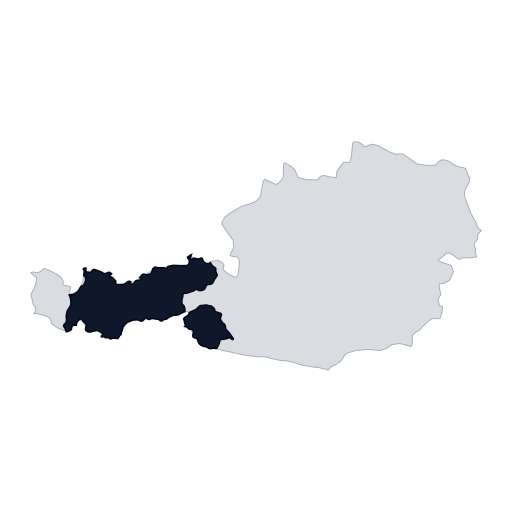 location of Tirol within Austria
{"feature_id": "AUT-2329", "entity_name": "Tirol", "entity_type": "State", "adm_level": 1, "iso_a3": "AUT", "parent_name": "Austria", "parent_adm1": "", "projection": "mercator", "projection_center": [11.6, 47.192], "detail": "fine", "context": "in_parent", "style": "filled", "palette": "ink", "viewbox_px": 512, "rotation_deg": 0, "n_neighbors": 0, "source": "natural_earth", "source_scale": "10m", "svg_char_len": 8398}
<svg xmlns="http://www.w3.org/2000/svg" viewBox="0 0 512 512"><path d="M30.9,295.0L35.7,284.4L36.7,277.9L32.5,274.0L30.7,272.9L32.2,272.0L38.2,272.7L42.0,270.5L44.0,268.4L49.3,270.4L57.2,274.5L60.9,277.3L62.4,279.4L63.2,281.2L62.8,284.3L64.6,285.5L68.2,286.0L70.7,286.9L69.8,291.0L69.7,294.3L73.1,293.8L77.3,291.3L80.7,286.7L82.7,282.2L84.3,271.4L84.8,270.5L87.4,271.3L97.8,270.9L102.7,272.9L110.5,273.2L110.3,274.9L111.7,277.6L115.1,281.4L116.8,283.9L120.4,284.3L126.0,283.0L129.3,281.5L130.5,282.5L135.6,281.6L140.1,278.5L141.2,276.1L145.7,274.5L151.9,270.6L160.3,267.7L188.0,264.5L189.1,262.1L188.7,256.7L189.4,255.9L192.9,257.2L198.5,258.5L202.8,260.4L205.6,263.0L208.2,263.1L212.2,261.3L217.6,260.2L222.6,262.8L224.1,265.6L223.2,267.1L223.3,269.4L224.9,271.3L229.0,274.4L234.3,277.1L237.0,276.9L238.0,274.3L239.0,268.1L239.4,261.4L238.1,257.6L235.3,256.6L231.9,256.3L230.1,255.5L230.7,253.4L233.5,248.0L233.4,240.7L227.3,232.4L222.0,224.3L222.0,221.6L225.2,216.8L230.1,213.0L241.0,206.7L244.5,205.4L248.9,204.3L255.2,201.7L258.3,199.0L260.4,196.1L263.3,180.9L264.0,180.2L264.9,179.4L276.1,184.6L277.1,183.7L278.9,182.9L282.6,178.9L283.4,175.8L283.3,170.0L283.6,164.5L284.3,162.8L286.0,163.4L290.8,166.3L294.6,169.5L298.2,177.5L306.5,179.6L317.0,179.9L320.7,176.3L324.1,175.4L328.0,176.5L336.1,177.8L337.0,171.3L341.7,164.5L343.8,162.2L349.8,162.4L351.3,157.3L352.7,143.3L354.0,141.7L358.3,142.0L362.6,144.6L363.9,146.7L366.2,146.5L369.3,145.1L372.7,144.2L378.2,145.7L389.8,152.1L395.8,154.4L399.6,153.9L403.1,154.0L416.9,163.9L426.4,165.3L435.2,165.3L438.0,162.3L441.7,159.8L445.6,160.2L449.0,161.4L455.6,165.7L458.6,166.8L462.7,167.5L465.7,168.5L468.3,175.9L469.8,177.8L469.5,178.8L469.2,182.1L466.9,186.3L464.5,191.9L464.6,196.7L471.0,213.5L476.6,223.7L477.6,227.5L481.3,230.5L477.8,234.3L477.2,239.8L474.9,242.2L474.3,245.4L475.3,248.3L475.3,251.9L476.5,256.8L471.0,257.9L464.5,257.7L462.1,258.0L459.9,259.3L457.7,258.7L451.7,254.0L448.4,253.0L446.0,253.3L444.3,255.3L441.2,257.9L438.4,259.7L439.0,261.3L451.3,265.5L453.5,271.8L451.1,277.0L450.3,279.6L447.4,281.6L443.9,283.3L439.6,283.8L439.1,286.6L440.8,294.8L439.5,296.6L438.1,299.1L439.4,305.9L442.0,306.3L442.6,307.9L442.1,310.6L441.7,313.5L440.7,316.6L440.3,317.9L438.5,318.8L433.1,318.3L428.4,321.0L419.0,330.4L415.7,332.0L412.1,335.7L412.3,343.9L411.8,344.7L411.0,346.4L399.7,343.5L399.3,343.5L391.8,344.6L386.6,348.4L380.3,350.5L367.2,349.4L354.4,350.8L351.4,351.9L348.1,352.6L344.9,354.7L343.2,357.8L340.0,361.7L335.5,364.8L330.5,367.1L329.4,369.1L327.8,370.3L325.0,368.8L322.8,368.9L320.1,367.8L311.1,366.7L301.1,364.9L296.4,363.2L291.1,361.8L285.3,360.7L280.1,360.4L277.5,359.9L265.1,356.9L256.9,356.7L246.1,355.4L224.7,350.8L218.4,349.0L212.4,348.4L205.4,346.8L200.0,344.2L196.6,339.3L192.9,332.7L186.2,324.1L184.8,319.8L186.8,316.1L189.0,313.2L188.7,312.0L187.1,311.4L175.3,315.1L163.8,319.7L159.3,319.9L154.9,318.8L149.1,318.8L143.6,320.0L132.4,320.6L125.9,324.1L121.7,330.7L119.4,336.1L117.6,337.8L113.7,338.5L107.8,338.0L103.8,336.4L99.6,331.8L93.1,331.2L87.2,331.1L85.6,330.2L85.7,327.2L83.4,321.6L79.5,319.8L69.5,330.4L66.7,331.4L58.7,328.5L51.6,323.9L50.9,320.6L49.7,317.9L43.8,315.3L36.4,313.5L34.0,313.6L35.0,312.0L35.8,309.2L35.3,307.1L33.5,304.8L32.6,302.4L32.3,300.1L31.8,298.2L31.5,296.4L30.9,295.0Z" fill="#d9dde1" stroke="#a8b0b8" stroke-width="1"/><path d="M66.7,331.8L66.3,331.8L66.2,331.8L66.2,331.5L65.1,328.7L63.8,326.5L63.6,325.6L63.8,324.9L64.6,323.9L65.3,323.3L66.0,322.4L66.3,321.3L66.5,319.8L66.5,318.9L66.3,317.7L66.2,316.6L66.3,315.3L67.0,311.8L67.6,310.2L69.9,306.7L70.8,304.6L70.9,302.1L70.9,301.3L70.2,297.4L69.2,294.9L73.0,294.4L74.3,293.9L76.9,292.3L78.1,291.2L79.1,289.8L80.5,287.1L80.8,286.6L81.4,286.2L82.7,285.7L83.2,285.4L84.2,284.1L85.0,282.3L85.6,280.3L85.6,278.5L85.3,277.4L85.0,276.6L84.5,276.1L83.7,275.6L84.2,272.1L84.3,271.3L83.9,270.3L83.4,269.4L83.3,268.6L84.2,268.2L85.2,268.1L85.7,267.9L85.9,268.1L86.1,268.9L86.1,269.2L85.8,269.6L85.6,270.2L85.7,270.9L86.0,271.3L86.4,271.7L87.4,272.1L89.9,272.5L90.6,272.4L91.3,271.8L92.5,270.1L93.4,269.5L94.8,269.5L102.6,272.5L102.8,272.8L103.0,273.2L103.3,273.6L103.8,273.8L105.6,273.6L107.9,272.5L108.8,272.3L109.6,272.3L110.2,272.7L111.6,273.7L111.1,274.3L109.2,275.6L109.6,276.3L112.6,277.7L115.6,280.9L115.8,281.3L115.8,281.9L115.6,282.5L115.5,282.9L115.3,282.9L115.9,284.1L116.7,284.6L122.9,284.6L124.1,284.3L127.9,281.6L129.4,281.2L130.7,281.7L130.5,284.1L132.0,284.3L133.3,283.7L134.1,282.8L134.9,281.7L136.0,280.6L137.1,280.3L139.7,280.2L140.6,279.8L141.1,278.9L140.9,278.3L140.3,277.9L139.6,277.7L142.3,274.5L143.7,274.1L145.1,274.3L146.5,274.8L149.2,274.3L150.5,273.8L151.6,272.6L151.9,271.8L152.4,269.8L152.8,268.8L154.4,267.4L154.6,267.1L155.7,267.2L158.3,267.7L163.1,267.7L166.4,268.4L167.0,268.2L167.6,266.7L168.3,266.3L173.3,265.3L186.8,265.9L187.3,265.8L189.0,263.6L189.2,263.1L189.3,262.2L189.2,259.9L189.0,259.4L188.7,259.2L188.2,258.7L187.8,258.2L187.6,257.7L187.5,257.0L188.4,256.6L189.9,255.4L190.4,255.1L191.2,254.7L191.4,254.6L191.2,255.1L191.0,256.0L190.8,256.7L190.5,257.2L190.3,257.8L190.6,258.8L191.2,259.3L191.8,259.2L193.1,258.5L194.4,258.3L197.8,259.1L198.8,258.9L201.2,258.0L202.1,258.2L202.4,258.7L203.0,260.6L203.3,261.3L203.8,261.9L205.6,263.3L206.4,263.7L207.6,263.7L208.9,263.5L209.8,263.1L210.4,262.6L211.9,265.2L213.1,266.3L215.2,267.8L215.7,268.4L215.9,268.8L215.9,269.2L215.6,269.9L215.7,270.6L215.9,271.6L217.0,274.5L217.2,275.1L217.1,275.4L216.8,276.1L216.4,276.8L215.2,278.3L214.6,279.3L213.3,282.0L212.9,282.7L212.4,283.2L211.9,283.7L211.3,284.1L210.6,284.3L207.7,284.6L207.2,284.8L206.7,285.0L206.4,285.5L205.9,286.3L205.4,287.9L204.8,288.8L204.1,289.5L203.3,289.9L202.2,290.4L200.3,290.6L199.4,290.6L198.6,290.4L197.3,289.6L196.6,289.5L195.7,289.6L193.6,290.9L187.0,293.2L185.2,293.2L184.4,293.4L182.7,294.2L182.9,296.0L182.0,299.4L181.9,300.7L181.9,302.3L182.0,303.2L182.3,304.1L182.7,304.7L183.7,305.5L184.1,305.9L184.6,307.1L184.8,308.0L185.0,311.3L184.9,311.6L183.9,311.9L177.9,315.0L173.7,315.2L171.1,316.1L168.6,317.5L166.6,319.1L163.9,319.5L163.2,320.0L162.1,320.9L161.4,321.1L160.3,320.7L158.4,319.2L157.2,319.1L156.8,319.2L156.4,319.1L156.2,319.1L153.2,318.5L151.8,318.6L150.1,319.1L149.5,319.4L149.0,319.5L148.4,319.4L147.9,319.1L147.6,318.7L147.3,318.4L146.9,318.2L145.8,317.9L145.2,318.1L144.7,318.5L144.3,319.1L142.3,321.1L140.4,321.0L138.6,320.1L136.5,319.6L132.4,320.3L128.3,321.7L127.2,322.3L123.4,326.1L122.9,327.2L122.3,330.2L121.2,332.9L121.1,333.2L121.2,334.1L121.1,334.5L120.8,334.8L120.2,335.1L119.9,335.3L118.6,337.6L117.8,338.5L116.9,338.6L115.9,338.3L113.9,338.1L112.9,338.2L110.9,338.9L110.3,338.9L109.7,338.7L108.7,337.8L108.2,337.5L107.5,337.5L106.4,337.8L105.8,337.8L104.1,336.9L103.5,336.6L102.2,337.0L101.6,337.0L101.2,336.2L101.5,335.8L102.8,334.7L103.1,334.1L102.5,333.3L98.0,330.6L97.1,330.3L96.1,330.4L90.0,332.1L87.6,331.8L85.7,330.3L85.5,328.4L86.3,325.5L85.9,324.0L85.4,323.4L83.4,321.8L82.2,319.8L81.6,319.1L81.3,318.9L80.9,318.9L80.6,318.9L78.9,319.9L77.4,321.6L76.4,323.6L76.3,325.2L74.9,325.3L73.7,325.0L72.7,325.2L71.8,326.7L71.6,327.8L71.5,328.5L71.4,329.2L70.8,330.1L68.2,331.4L66.7,331.8ZM204.8,346.5L203.4,346.3L201.0,345.3L198.9,343.5L197.8,340.7L197.3,338.8L196.3,338.2L195.1,338.0L193.9,337.6L193.3,337.2L193.0,336.8L192.8,336.2L192.8,335.1L193.0,334.1L193.2,333.5L193.4,332.9L193.4,331.8L192.8,329.9L191.9,329.3L189.4,329.2L188.6,328.9L188.2,328.5L187.9,327.9L187.2,327.3L186.6,326.9L185.2,326.7L184.6,326.4L185.4,325.6L185.4,324.8L185.0,323.9L184.6,323.0L184.3,321.0L184.0,320.0L183.6,319.1L184.3,317.6L187.8,315.6L189.1,313.9L189.1,312.7L190.7,311.8L196.0,309.4L199.5,306.0L200.5,305.6L201.7,305.4L203.1,305.4L205.2,305.0L206.8,305.0L208.5,305.6L210.1,305.8L211.2,306.0L212.2,306.6L214.5,308.8L214.7,310.5L215.2,311.2L216.0,311.8L221.0,313.5L221.5,314.2L221.5,315.1L220.7,316.9L220.6,317.5L220.5,318.2L220.5,318.5L220.5,318.9L220.7,319.8L221.1,320.5L221.7,321.3L222.2,322.3L223.4,323.4L224.0,323.8L224.7,324.6L225.2,325.5L225.5,326.7L225.6,327.9L226.0,329.3L226.7,330.1L229.4,333.0L232.9,338.0L233.3,338.6L233.2,338.9L233.2,339.1L233.1,339.3L232.9,339.5L232.7,339.6L232.2,339.5L230.1,337.9L229.5,337.7L228.8,337.8L226.4,338.8L221.1,339.6L219.9,340.2L219.7,341.7L219.4,342.8L219.0,344.0L217.0,347.9L216.7,348.5L213.7,348.2L210.3,348.7L209.4,348.6L208.4,348.1L206.6,346.9L204.8,346.5Z" fill="#0f172a" stroke="#020617" stroke-width="1.5"/></svg>